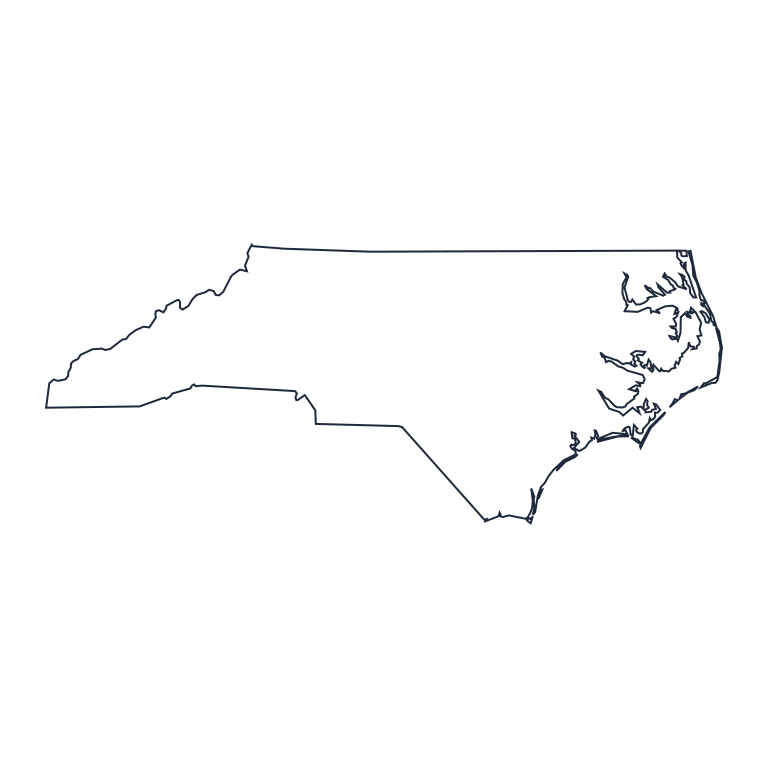 SVG path tracing the border of North Carolina
{"feature_id": "USA-3549", "entity_name": "North Carolina", "entity_type": "State", "adm_level": 1, "iso_a3": "USA", "parent_name": "United States of America", "parent_adm1": "", "projection": "equal_earth", "projection_center": [-78.085, 35.229], "detail": "fine", "context": "isolated", "style": "outline", "palette": "slate", "viewbox_px": 768, "rotation_deg": 0, "n_neighbors": 0, "source": "natural_earth", "source_scale": "10m", "svg_char_len": 6126}
<svg xmlns="http://www.w3.org/2000/svg" viewBox="0 0 768 768"><path d="M677.0,250.6L677.3,257.6L681.9,262.4L680.6,263.1L681.5,265.5L685.0,269.3L683.4,265.9L684.7,262.8L685.7,262.7L685.5,270.0L688.7,275.6L696.1,297.5L693.4,297.4L690.1,293.0L689.7,287.4L686.7,283.7L686.2,281.0L684.0,279.6L684.6,276.9L682.5,275.0L679.9,274.1L682.2,277.2L683.5,284.5L682.5,285.1L686.7,289.2L678.2,286.5L675.0,282.0L669.5,277.5L664.3,275.5L665.5,274.4L664.6,273.4L663.0,276.9L667.9,279.7L671.0,284.6L672.9,285.6L673.7,288.0L675.4,288.8L674.9,289.5L669.7,291.2L670.2,292.6L667.0,292.6L657.6,284.4L658.6,287.5L665.0,294.7L663.1,295.7L653.3,291.5L649.9,287.9L648.7,288.3L644.6,285.1L646.8,289.2L656.2,296.1L648.6,297.4L647.4,298.1L648.4,298.9L646.8,300.9L644.4,302.6L640.1,304.4L636.1,304.5L632.3,299.5L631.1,301.9L629.3,301.9L627.8,300.1L624.5,287.5L628.2,276.9L627.5,275.1L624.4,273.4L626.5,277.2L622.7,284.3L622.4,293.0L624.2,299.2L626.1,301.6L626.5,304.8L627.7,305.1L624.6,311.2L637.6,311.9L648.0,307.6L650.5,308.4L651.1,312.6L653.2,311.2L660.0,313.3L656.7,310.0L665.1,306.4L672.3,305.7L676.2,307.4L677.7,308.9L677.6,310.5L675.9,309.5L674.5,313.9L678.2,312.6L676.5,316.9L673.5,318.8L676.2,323.9L675.8,326.5L670.6,326.4L672.1,328.1L675.7,329.1L676.9,332.1L675.7,333.2L677.3,336.0L676.0,337.5L669.5,336.0L670.8,338.5L672.6,339.4L676.8,338.7L677.9,340.8L680.5,332.8L680.8,317.1L684.9,313.3L687.5,316.8L690.5,317.7L690.4,316.3L688.0,314.5L686.9,311.9L691.7,313.4L693.2,312.6L690.0,311.2L691.1,307.7L695.8,312.5L701.2,322.9L699.6,329.1L701.4,335.4L697.4,336.2L699.9,341.6L698.9,344.7L696.8,346.0L696.7,348.4L692.5,349.1L694.0,347.7L693.7,346.7L690.4,346.4L688.8,342.2L688.1,348.0L683.8,352.9L682.0,353.5L682.4,356.3L679.5,358.1L680.1,359.5L678.3,364.1L676.1,361.9L674.6,365.6L675.5,367.7L671.4,368.8L669.0,371.4L662.5,370.8L661.2,368.7L660.0,371.3L659.1,371.0L653.4,364.7L652.8,366.9L653.6,369.7L652.0,371.8L648.4,368.4L651.5,368.4L650.4,361.9L648.6,359.6L646.8,365.7L645.0,364.9L643.6,366.3L645.2,368.4L642.5,366.9L640.5,364.3L642.1,362.9L637.8,360.4L638.9,358.8L636.6,356.3L636.9,355.1L638.9,354.7L642.7,355.3L645.1,351.9L635.8,351.0L631.1,353.9L634.2,356.7L633.2,359.4L635.3,361.6L634.3,363.6L636.4,365.7L634.8,366.6L631.0,364.5L631.2,362.2L629.0,363.6L626.8,363.0L622.7,364.2L617.9,360.7L604.8,356.3L600.3,352.5L602.4,356.8L604.7,357.8L606.1,362.2L608.5,360.8L611.6,361.6L618.3,366.4L622.8,367.7L627.6,370.7L642.7,375.0L644.7,379.1L643.0,383.2L637.5,382.3L640.2,384.5L640.2,386.2L635.8,385.3L629.2,389.2L635.9,391.3L637.1,390.6L636.0,389.8L637.1,388.5L638.4,391.3L637.9,393.9L634.0,396.7L634.4,398.4L626.7,404.1L625.4,406.4L622.5,407.5L616.8,407.2L614.2,405.6L608.6,399.5L604.8,397.6L601.2,391.9L598.4,390.6L609.1,408.5L619.4,412.0L623.1,415.5L632.6,407.7L639.6,413.3L637.4,407.1L641.2,406.7L643.5,409.2L643.9,403.7L646.1,399.0L647.6,401.3L647.0,404.8L648.8,407.8L645.4,409.6L645.6,412.4L651.3,411.7L652.0,409.9L656.0,408.9L653.8,403.7L656.2,404.4L660.2,410.0L657.6,412.7L654.9,412.5L655.2,416.6L653.8,418.8L650.8,420.3L649.8,418.2L648.8,422.7L643.0,429.2L642.9,431.9L641.8,433.3L639.4,433.5L636.4,431.6L636.1,430.0L637.3,428.6L633.9,425.0L632.7,435.9L630.7,434.6L629.7,427.6L628.6,426.6L624.9,428.1L622.1,431.4L625.2,430.0L627.4,434.2L612.6,432.8L597.5,439.1L596.8,437.4L598.1,436.3L596.0,430.7L594.6,430.5L595.5,434.2L594.2,438.6L591.3,437.6L591.9,440.1L589.3,441.8L585.3,447.5L580.4,450.5L579.0,450.9L574.0,448.0L579.2,441.9L574.5,435.6L575.8,434.9L575.5,433.5L572.2,432.7L571.4,431.4L572.4,438.3L574.4,438.4L575.6,441.2L575.5,443.7L573.1,445.2L571.4,444.6L570.3,446.0L572.1,449.0L575.4,450.7L575.8,454.3L563.8,460.2L553.7,469.6L548.9,475.7L544.8,482.8L541.1,486.8L537.9,495.4L535.1,512.1L532.8,514.9L534.4,507.7L533.7,499.7L534.3,496.8L531.2,488.4L532.8,501.0L532.2,507.5L530.5,512.6L527.6,517.5L525.8,518.8L509.0,515.4L502.8,517.0L500.2,516.3L500.6,514.7L499.6,512.8L498.8,515.7L497.0,516.9L485.5,521.2L486.5,519.1L484.4,519.8L402.1,427.1L398.3,426.1L315.8,423.9L315.3,410.3L304.8,395.1L297.5,400.2L296.2,399.9L295.5,397.6L296.8,393.3L295.1,391.1L201.8,385.6L196.0,386.2L193.9,384.4L191.7,385.9L190.5,388.4L172.1,393.6L170.4,396.3L166.2,399.0L164.7,397.7L162.2,398.3L139.7,406.4L46.1,407.7L49.3,383.2L53.9,379.5L57.9,380.9L65.5,379.3L68.1,376.0L68.4,372.2L70.8,367.6L71.0,363.6L73.4,361.1L77.8,359.1L80.6,354.8L92.4,349.3L101.9,348.6L105.3,350.0L110.3,348.9L122.3,339.6L126.0,339.0L129.6,334.6L135.7,330.2L143.4,326.7L149.4,327.4L155.9,317.5L155.3,313.7L156.0,311.2L159.1,310.2L163.4,312.4L166.0,308.4L166.6,305.7L177.3,300.0L178.6,299.9L180.1,302.2L179.9,307.7L182.5,309.6L188.4,305.9L192.5,299.1L196.6,295.0L205.4,292.2L209.1,289.8L213.7,291.1L215.8,295.0L219.2,295.3L223.3,291.7L231.2,276.3L233.6,274.0L240.0,269.6L247.0,271.3L245.0,265.6L248.6,256.8L247.4,253.0L251.8,244.7L253.0,246.2L284.3,248.7L370.3,251.7L677.0,250.6ZM690.5,250.7L695.8,277.5L701.4,292.7L713.1,316.2L716.2,326.4L713.6,324.9L713.3,322.5L711.6,321.4L709.8,313.4L704.5,305.7L703.1,306.4L701.2,304.7L701.4,303.0L702.7,304.2L704.5,303.6L703.6,300.7L700.8,299.8L699.3,294.7L699.6,291.6L696.8,282.3L693.4,276.0L692.5,264.9L688.4,251.4L690.5,250.7ZM719.1,331.5L721.9,347.7L719.2,372.5L717.4,380.2L715.3,382.9L712.1,382.9L700.7,387.5L704.1,383.1L705.3,383.6L717.3,377.1L719.6,360.4L719.2,353.9L720.7,349.4L720.0,342.9L716.1,328.3L716.7,327.8L719.1,331.5ZM649.8,427.2L665.4,412.0L663.8,414.8L650.7,427.9L640.6,448.0L639.9,446.1L641.0,443.1L649.8,427.2ZM704.4,317.1L700.4,311.8L701.7,311.1L705.7,313.3L709.4,319.5L708.5,322.8L705.9,322.2L704.4,317.1ZM600.5,439.3L625.0,435.0L629.0,436.3L617.8,436.5L597.1,441.9L600.5,439.3ZM686.3,250.7L686.9,256.0L683.1,256.3L681.5,255.7L681.1,252.9L678.4,250.6L686.3,250.7ZM560.5,464.6L577.8,454.3L575.2,456.9L565.4,461.7L556.3,471.0L560.5,464.6ZM681.4,394.0L685.2,393.6L698.1,386.4L694.5,390.0L687.6,392.7L679.4,398.9L681.4,394.0ZM530.6,519.1L532.8,516.3L530.6,523.3L527.0,520.5L528.7,518.1L530.6,519.1ZM637.9,439.7L640.0,442.6L638.9,443.2L631.0,437.6L637.9,439.7ZM674.7,399.2L677.9,400.2L669.6,407.2L672.6,403.4L674.7,399.2ZM537.9,498.9L540.2,490.9L542.2,489.8L539.0,497.6L537.9,498.9Z" fill="none" stroke="#1e293b" stroke-width="2"/></svg>